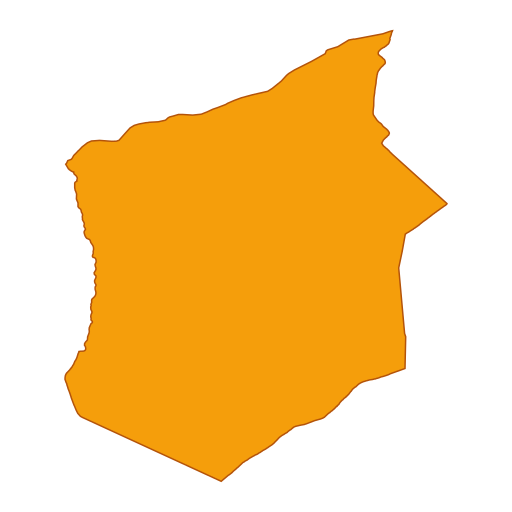 Nangade, Cabo Delgado, Mozambique (Mercator projection)
{"feature_id": "85939544B17838134976629", "entity_name": "Nangade", "entity_type": "district", "adm_level": 2, "iso_a3": "MOZ", "parent_name": "Mozambique", "parent_adm1": "Cabo Delgado", "projection": "mercator", "projection_center": [39.787, -11.149], "detail": "fine", "context": "isolated", "style": "filled", "palette": "amber", "viewbox_px": 512, "rotation_deg": 0, "n_neighbors": 0, "source": "geoboundaries", "source_scale": "gbopen_adm2", "svg_char_len": 5841}
<svg xmlns="http://www.w3.org/2000/svg" viewBox="0 0 512 512"><path d="M447.0,203.6L391.8,153.8L391.5,153.3L390.5,152.6L388.5,150.2L387.9,149.9L387.6,149.4L386.8,148.7L386.1,148.3L385.7,147.8L383.3,145.8L381.7,143.2L383.4,140.0L384.5,138.9L384.9,138.4L385.4,138.1L385.7,137.6L386.2,137.4L386.6,136.9L387.1,136.6L387.3,136.1L388.6,135.1L389.3,133.5L389.3,133.0L389.1,132.3L387.6,130.1L387.1,129.8L386.8,129.3L385.0,127.9L384.6,127.5L383.3,126.6L381.4,124.0L380.6,123.3L380.2,123.1L379.8,122.7L378.8,122.1L377.8,121.0L377.3,120.6L373.4,114.9L373.1,113.3L373.1,111.1L373.7,105.9L373.8,100.4L374.0,97.3L374.7,92.6L374.7,91.6L375.2,87.9L376.0,83.4L376.2,80.4L376.9,76.1L377.0,75.1L377.3,74.3L377.6,72.6L378.6,70.6L379.1,70.1L380.3,68.3L381.2,67.3L382.2,66.3L382.7,66.0L383.5,65.0L384.0,64.6L384.4,64.1L384.9,63.8L385.3,62.8L385.1,61.2L384.5,59.7L382.5,58.0L382.3,57.6L379.2,55.3L379.0,54.9L378.6,54.7L378.3,54.2L378.2,52.9L378.6,51.5L380.2,49.8L381.2,48.9L383.3,47.6L384.4,47.2L385.0,46.6L386.3,45.8L386.7,45.3L388.3,44.0L388.9,43.1L390.1,39.6L389.8,38.5L391.2,34.7L391.6,32.6L392.2,31.6L392.5,30.7L391.5,30.9L389.2,31.6L382.9,33.8L367.7,36.7L354.5,39.2L353.8,39.1L348.8,40.0L337.8,46.7L327.8,49.8L326.3,50.8L325.2,53.7L311.5,61.4L294.4,70.0L288.6,73.6L286.6,75.3L281.3,81.1L272.3,88.4L267.7,91.3L252.4,94.8L241.3,97.8L234.1,100.5L227.4,103.4L227.3,103.5L225.7,104.5L217.6,107.6L212.9,109.2L207.1,111.9L201.3,114.2L192.7,115.1L182.9,114.5L178.4,114.5L173.0,116.1L169.8,116.9L168.1,117.8L165.5,120.2L158.2,121.8L148.9,122.3L148.4,122.5L145.9,122.7L138.9,124.0L134.2,125.4L130.1,127.9L125.3,133.2L119.0,140.3L116.3,141.2L111.7,141.3L99.6,140.4L91.4,141.0L87.4,142.8L82.0,147.0L79.3,149.9L77.9,151.1L77.6,151.6L76.6,152.5L75.6,153.7L74.6,154.5L73.6,155.7L72.0,158.6L71.6,158.9L71.4,159.3L67.8,160.6L66.5,163.4L65.7,164.2L68.4,168.8L68.8,169.0L69.1,169.5L71.2,171.0L73.1,172.0L73.7,172.0L73.7,172.8L74.2,174.1L76.3,175.9L76.6,176.7L77.2,177.4L77.3,178.4L76.8,180.5L76.8,180.9L76.9,181.0L75.0,182.4L74.7,183.3L74.7,187.7L75.2,190.3L75.8,191.6L76.6,194.0L76.4,199.1L76.8,199.6L76.8,200.1L78.0,202.8L78.0,206.6L78.7,207.7L80.6,209.2L81.2,210.7L81.3,211.9L82.2,213.5L82.5,214.3L82.6,215.3L82.3,216.2L82.3,217.2L82.5,218.4L82.4,219.3L82.6,220.0L84.1,222.7L84.3,224.0L83.9,225.9L84.2,226.9L85.2,228.3L85.4,229.0L85.4,229.6L84.9,230.1L84.2,231.4L84.1,232.7L84.6,234.5L85.1,235.9L85.9,237.3L86.7,238.3L89.4,239.5L90.1,240.3L90.8,242.5L92.9,245.6L93.4,247.0L93.6,249.2L93.1,251.9L93.3,252.8L93.1,253.9L92.6,255.1L92.4,256.0L92.5,256.6L93.1,257.4L94.3,257.6L95.4,258.4L95.9,259.5L96.1,260.7L96.1,262.2L95.0,264.5L95.3,266.2L95.9,267.9L96.0,269.2L95.5,270.5L94.1,272.8L94.4,274.4L95.9,275.8L96.0,277.2L95.7,278.1L94.6,280.5L94.6,281.8L94.9,282.9L95.9,284.6L96.0,285.2L95.8,286.0L95.2,286.9L95.1,288.0L95.2,289.7L95.5,290.5L95.9,292.2L95.9,293.6L95.5,295.1L94.7,296.5L91.9,299.2L91.6,300.2L91.7,302.4L91.2,303.6L90.9,304.6L91.2,305.5L90.7,307.0L90.9,309.4L91.9,311.5L91.9,311.9L91.9,312.8L91.1,314.5L90.8,316.2L90.8,317.1L91.1,318.1L91.0,319.9L91.5,320.6L92.3,321.3L92.4,322.1L92.2,322.7L91.0,323.7L89.3,327.6L89.1,329.5L89.3,331.3L89.1,332.9L87.6,336.9L87.5,339.0L87.3,340.1L85.5,342.1L84.6,343.6L84.5,345.3L85.4,346.6L85.7,348.2L85.7,349.3L85.3,350.0L84.8,350.6L83.6,351.1L82.1,351.2L80.7,351.2L78.9,351.5L78.8,352.4L78.2,353.4L77.0,357.3L76.0,359.6L74.8,361.4L73.5,364.6L72.9,365.3L71.9,367.2L71.4,367.5L71.3,368.0L70.8,368.4L70.6,368.9L70.1,369.2L69.8,369.8L66.6,373.1L66.5,373.5L66.0,374.0L65.7,374.9L65.4,375.3L65.4,375.9L65.1,377.0L65.0,379.3L66.0,382.2L66.8,383.9L66.9,384.8L68.0,388.0L68.0,388.4L69.1,391.1L70.4,394.8L70.6,395.7L71.1,396.8L71.1,397.3L74.0,405.1L74.3,405.6L76.2,410.2L77.8,413.4L80.4,416.3L82.4,417.4L221.2,481.3L228.4,475.2L229.2,474.8L231.4,473.1L231.6,472.8L232.1,472.6L232.3,472.2L232.7,471.9L232.9,471.6L234.7,470.0L235.1,469.8L235.3,469.5L236.1,468.9L236.8,468.1L237.7,467.5L242.9,462.5L244.3,461.8L245.2,461.0L247.1,460.1L249.3,458.4L253.3,456.1L254.2,455.7L255.7,454.7L256.5,454.6L257.9,453.8L259.1,452.9L260.2,452.4L261.1,451.7L262.0,451.2L262.5,450.7L265.9,448.9L266.3,448.5L268.0,447.5L268.4,447.1L272.1,444.7L274.0,443.1L275.1,441.8L275.5,441.6L275.7,441.2L276.8,440.3L277.1,439.7L277.5,439.5L278.2,438.6L279.8,437.0L280.7,436.5L281.0,436.1L282.7,435.0L284.0,434.4L284.3,434.0L287.2,432.4L287.9,431.6L290.0,430.0L290.6,429.8L292.5,428.1L292.9,427.9L293.1,427.6L294.0,427.0L295.7,426.3L300.9,425.1L304.3,424.5L305.6,424.0L306.1,423.9L314.7,420.6L320.5,419.0L323.1,418.0L323.5,417.6L324.3,417.3L328.1,413.7L329.0,413.0L329.8,412.6L330.1,412.2L331.5,411.0L332.0,410.8L333.5,409.4L333.9,409.2L334.1,408.8L334.5,408.6L334.8,408.2L335.2,407.9L335.4,407.6L336.1,406.8L336.6,406.6L336.8,406.2L337.2,406.1L337.3,405.7L338.5,404.7L339.2,403.9L339.4,403.4L340.0,402.5L342.1,400.2L342.7,399.9L344.0,398.4L346.0,397.0L346.1,396.5L346.5,396.4L347.7,395.3L348.1,394.7L348.5,394.5L350.6,391.7L351.1,391.3L352.7,389.0L353.1,388.8L354.9,387.2L355.7,386.9L358.7,384.0L359.6,383.6L360.0,383.2L362.1,382.2L364.1,381.4L364.6,381.4L366.0,380.8L366.5,380.8L369.6,379.9L372.5,379.5L374.8,378.9L375.4,378.9L376.9,378.3L377.3,378.3L378.9,377.8L381.1,376.9L382.9,376.5L385.8,375.6L388.7,374.6L390.2,373.8L405.0,368.5L405.7,336.7L404.6,333.5L398.7,267.9L402.2,251.3L405.3,234.1L406.6,233.3L407.0,232.9L408.8,232.0L409.1,231.7L409.7,231.4L410.0,231.1L413.3,229.1L413.7,228.6L415.2,227.8L415.4,227.5L416.8,226.7L417.1,226.3L417.6,226.1L418.1,225.6L418.7,225.4L419.0,225.0L420.4,223.8L423.9,221.0L424.4,220.8L424.6,220.5L425.7,219.9L426.0,219.5L427.5,218.5L427.8,218.1L429.3,217.1L429.7,216.6L430.3,216.4L430.6,215.9L431.2,215.7L431.4,215.3L432.3,214.8L432.7,214.3L433.6,213.8L435.5,212.3L436.4,211.8L437.6,210.7L438.0,210.6L441.6,207.9L442.5,207.4L443.7,206.4L445.6,205.2L446.8,204.1L447.0,203.6Z" fill="#f59e0b" stroke="#b45309" stroke-width="1.5"/></svg>